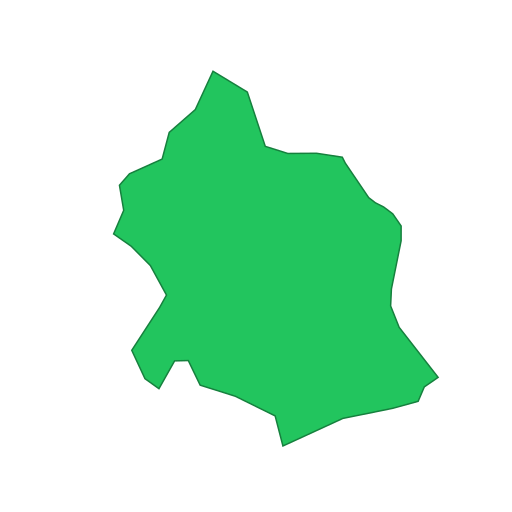 Santa Catarina, Mercator projection, rotated 162°
{"feature_id": "CPV-5046", "entity_name": "Santa Catarina", "entity_type": "state/province", "adm_level": 1, "iso_a3": "CPV", "parent_name": "Cabo Verde", "parent_adm1": "", "projection": "mercator", "projection_center": [-23.71, 15.076], "detail": "fine", "context": "isolated", "style": "filled", "palette": "green", "viewbox_px": 512, "rotation_deg": 162, "n_neighbors": 0, "source": "natural_earth", "source_scale": "10m", "svg_char_len": 668}
<svg xmlns="http://www.w3.org/2000/svg" viewBox="0 0 512 512"><g transform="rotate(162 256 256)"><path d="M239.8,445.0L213.6,414.6L213.3,357.4L194.1,343.7L166.7,335.0L143.4,323.3L142.4,316.8L130.8,276.7L126.1,269.8L119.4,263.1L112.9,253.8L108.7,239.7L113.3,225.6L137.4,182.8L143.4,166.9L141.9,143.9L120.3,84.3L136.4,79.5L146.7,67.7L173.1,68.9L223.6,74.7L289.1,67.0L287.2,98.0L319.0,129.0L349.0,150.4L352.7,177.5L365.8,181.4L389.3,159.8L399.5,173.6L403.3,204.7L363.5,236.9L353.2,246.5L359.4,279.5L371.7,303.9L384.6,321.0L367.7,340.3L364.0,365.5L350.9,373.3L315.3,377.2L300.3,400.4L268.5,414.0L239.8,445.0Z" fill="#22c55e" stroke="#15803d" stroke-width="1.5"/></g></svg>